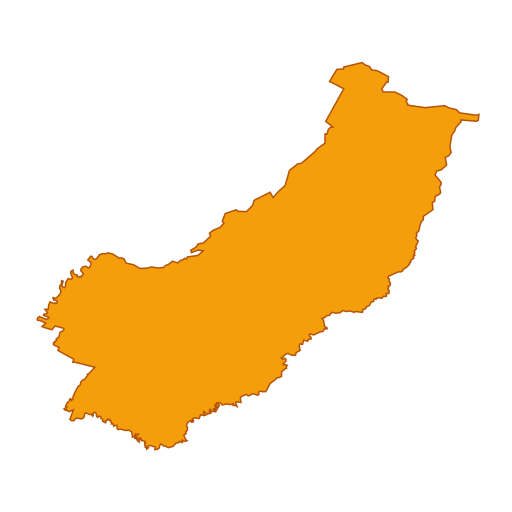 Famallá, Tucumán, Argentina (Natural Earth projection), rotated 93°
{"feature_id": "61730980B2044576725385", "entity_name": "Famallá", "entity_type": "district", "adm_level": 2, "iso_a3": "ARG", "parent_name": "Argentina", "parent_adm1": "Tucumán", "projection": "natural_earth1", "projection_center": [-65.4, -26.978], "detail": "fine", "context": "isolated", "style": "filled", "palette": "amber", "viewbox_px": 512, "rotation_deg": 93, "n_neighbors": 0, "source": "geoboundaries", "source_scale": "gbopen_adm2", "svg_char_len": 6095}
<svg xmlns="http://www.w3.org/2000/svg" viewBox="0 0 512 512"><g transform="rotate(93 256 256)"><path d="M65.4,185.0L77.8,191.7L84.4,177.1L117.9,193.4L123.2,186.0L123.8,188.6L125.8,190.4L130.5,191.4L130.5,193.5L139.7,193.0L146.1,200.9L148.1,202.0L161.2,215.7L161.7,219.0L168.6,227.0L184.1,230.6L189.9,236.5L196.8,241.9L191.6,245.3L200.5,260.8L205.6,262.0L212.2,267.8L212.3,276.2L210.9,278.2L215.2,288.9L222.9,291.5L225.0,289.8L229.4,293.5L232.5,300.1L235.7,303.7L238.5,302.3L245.7,309.2L247.0,314.4L250.5,316.5L253.7,321.5L256.0,320.6L253.2,314.3L253.5,309.0L258.5,314.0L260.5,324.4L262.8,325.6L262.0,327.1L263.9,329.1L264.2,331.0L267.0,333.8L265.6,339.2L269.3,343.5L270.2,345.9L272.3,347.7L273.1,353.4L272.4,359.6L273.8,364.3L274.5,371.3L271.1,377.9L270.0,385.2L265.9,387.6L264.9,390.1L265.2,392.7L261.4,399.4L260.6,404.1L261.8,406.2L261.8,409.7L262.9,412.4L266.4,414.5L267.8,416.3L267.6,418.0L264.8,420.1L265.0,421.2L268.7,423.8L271.1,420.5L273.0,420.3L276.3,421.7L276.6,423.0L275.2,425.1L275.8,428.2L278.3,430.2L280.0,430.1L282.6,427.5L286.2,429.5L285.5,430.1L286.5,432.6L285.7,433.5L284.5,433.3L283.7,436.5L281.7,438.0L279.8,437.9L280.9,440.0L283.0,440.1L287.7,438.0L289.0,439.4L288.4,442.4L292.6,444.8L295.9,444.6L297.6,445.4L296.8,447.9L295.1,448.3L291.3,447.3L290.8,448.9L293.9,448.8L296.3,450.5L298.4,450.5L301.1,449.0L303.9,449.5L307.9,452.7L308.9,454.5L308.1,456.1L308.5,456.7L310.5,455.7L311.0,452.3L313.4,452.3L314.1,453.4L313.3,454.3L313.8,456.1L312.5,459.3L316.3,460.6L320.1,460.6L320.3,464.0L323.4,461.3L324.7,462.0L325.2,464.9L326.4,465.1L327.8,460.2L328.8,459.6L330.3,462.2L327.8,469.1L329.0,470.7L330.9,471.2L331.6,470.7L331.8,468.2L334.1,462.4L337.7,466.0L338.8,462.6L340.3,455.8L336.4,453.0L338.3,444.0L340.5,444.4L342.3,447.6L347.4,448.7L349.4,451.3L350.9,450.7L351.8,452.5L352.9,452.5L353.0,453.5L354.2,453.8L355.3,453.5L357.8,447.8L360.7,448.9L368.6,432.6L371.8,433.4L371.4,431.9L375.5,411.1L382.3,416.9L383.0,418.3L384.0,417.8L388.3,420.9L388.9,422.6L390.8,424.2L394.0,424.9L395.8,427.0L401.9,429.8L406.2,431.4L408.0,431.1L409.9,432.6L408.2,433.5L408.7,434.6L410.4,434.6L412.0,436.6L416.1,438.3L416.7,437.0L418.8,439.8L420.0,438.4L419.2,437.2L420.3,436.8L420.3,435.4L421.3,434.4L419.2,430.3L428.9,433.3L430.2,431.3L430.1,429.5L427.2,427.0L427.8,422.2L427.3,420.3L425.1,419.0L422.8,419.0L421.6,417.6L423.1,413.9L422.7,412.2L424.5,410.6L423.7,410.1L421.9,410.8L420.5,409.2L421.4,407.4L424.6,406.7L425.4,405.4L424.2,404.7L424.4,402.7L426.3,402.3L427.4,400.4L429.0,400.6L430.3,398.1L430.3,397.3L428.2,397.6L428.1,396.2L426.7,395.6L426.6,394.3L427.7,394.0L427.6,392.7L428.9,392.6L430.2,391.3L431.2,391.6L431.0,390.2L433.5,389.2L432.7,388.2L432.4,386.1L435.8,385.6L436.6,384.5L435.9,382.5L437.1,377.1L436.5,374.1L438.2,370.9L443.4,369.9L443.0,368.7L440.0,366.9L440.0,364.1L441.8,365.4L442.0,367.0L442.9,366.5L442.7,367.8L444.4,367.6L444.1,365.1L445.7,365.8L446.3,364.2L447.3,364.1L447.9,363.0L445.0,363.5L443.5,362.5L444.5,361.0L445.5,361.8L445.7,360.8L446.5,360.7L446.3,358.9L446.9,357.2L447.9,357.4L448.5,356.4L449.5,357.4L453.0,356.5L453.2,354.9L454.5,355.0L453.2,353.5L452.8,354.9L451.6,354.9L450.8,351.3L452.1,346.7L454.7,346.9L454.2,344.5L452.9,342.7L449.6,342.0L448.6,340.8L450.4,338.8L450.6,336.2L452.0,333.6L450.5,328.9L447.2,326.3L446.3,323.1L445.3,323.0L445.2,321.6L446.3,320.3L445.5,319.4L443.9,320.0L444.8,316.9L444.0,315.2L443.4,316.3L438.7,318.8L437.1,316.5L435.3,317.0L433.7,315.5L430.8,315.4L429.2,316.6L425.8,315.5L423.4,312.1L423.7,310.8L424.3,311.8L425.4,311.7L424.9,309.9L424.1,309.6L421.9,310.8L420.9,309.2L421.2,304.1L417.5,303.2L418.1,299.4L417.5,298.0L416.0,300.2L414.1,299.8L416.6,296.2L415.0,292.6L413.7,294.6L411.4,293.8L413.2,292.7L413.7,288.5L413.1,288.4L411.2,290.6L409.9,288.6L412.7,288.4L413.0,287.8L409.8,286.3L408.7,288.5L407.1,289.3L406.8,288.2L408.5,287.0L408.9,285.6L407.0,284.7L405.8,285.7L405.5,288.0L404.8,287.7L404.5,284.0L406.5,281.8L405.3,277.8L405.8,273.8L404.6,271.1L406.4,271.1L406.3,268.6L407.2,267.1L404.1,268.5L402.7,268.3L403.0,263.3L398.4,264.3L397.2,263.3L394.8,258.8L396.1,256.1L393.6,251.8L395.0,247.0L394.1,245.8L392.8,246.5L391.4,245.8L390.7,243.8L391.2,242.6L390.9,239.1L382.6,235.2L378.1,229.9L376.6,229.1L376.1,226.2L374.8,224.2L370.6,224.4L367.4,221.5L366.5,219.6L365.2,220.1L363.7,219.0L362.8,220.8L363.1,223.1L361.9,223.1L359.6,220.6L357.4,220.7L356.7,222.0L357.7,224.2L356.2,225.4L355.4,223.6L353.1,222.1L351.6,219.0L353.2,215.3L353.0,211.4L350.3,210.8L347.9,207.0L343.1,208.2L341.4,207.6L341.9,204.9L337.6,204.0L338.4,200.0L336.7,199.2L335.9,196.6L334.1,197.0L332.5,198.9L331.0,198.3L331.8,194.1L328.4,188.0L327.9,185.3L325.3,183.9L324.9,181.1L323.7,181.6L323.7,182.7L322.6,183.8L316.7,185.2L314.9,186.9L314.0,184.3L311.9,182.3L311.5,179.7L308.5,177.4L308.2,176.0L309.0,173.8L308.4,169.5L305.9,166.2L306.8,162.6L305.9,159.0L307.1,155.3L306.2,153.1L306.8,147.0L306.1,146.4L304.3,146.9L302.7,143.6L301.0,143.2L299.5,140.2L296.0,138.5L295.2,136.0L293.8,136.3L292.6,135.5L292.9,133.9L291.7,133.1L291.3,130.6L291.7,128.2L289.5,126.5L289.8,124.7L289.2,123.6L286.7,124.1L286.5,121.3L283.8,121.1L282.3,122.6L280.4,121.9L279.4,122.5L278.6,120.6L275.7,120.4L274.4,121.8L272.1,121.6L271.2,123.1L269.3,122.6L264.5,113.4L264.3,110.6L263.3,108.9L261.3,107.9L259.4,105.0L256.1,102.2L255.0,102.4L254.3,101.2L252.7,101.6L249.8,98.3L247.9,98.9L247.2,97.5L245.9,98.3L245.1,97.6L242.9,98.1L240.3,96.2L238.3,97.1L232.6,94.7L230.9,96.9L229.1,97.3L226.8,96.4L225.0,97.1L222.4,94.7L216.6,93.8L212.7,92.4L211.0,90.8L207.6,90.9L200.4,81.7L193.3,82.8L192.1,80.4L187.2,80.2L184.5,75.8L182.7,74.9L177.7,76.4L175.0,75.0L172.9,74.9L165.7,81.5L161.6,79.9L160.5,75.9L155.3,70.4L147.6,72.1L145.9,68.8L142.6,66.6L136.3,68.1L125.0,66.8L120.8,64.2L116.9,63.0L111.4,58.3L109.4,58.6L109.9,43.2L108.8,41.1L102.9,40.8L103.9,43.0L102.4,60.2L99.3,63.6L97.9,71.6L96.0,75.5L99.0,94.8L97.4,112.5L96.5,112.2L94.0,114.1L91.7,113.2L88.0,118.8L85.0,125.7L85.5,137.6L82.5,139.1L75.5,134.7L75.6,133.3L70.0,133.0L64.5,144.9L64.2,150.2L60.9,152.5L59.7,156.5L57.3,160.2L62.7,178.3L64.7,178.4L65.4,185.0Z" fill="#f59e0b" stroke="#b45309" stroke-width="1.5"/></g></svg>